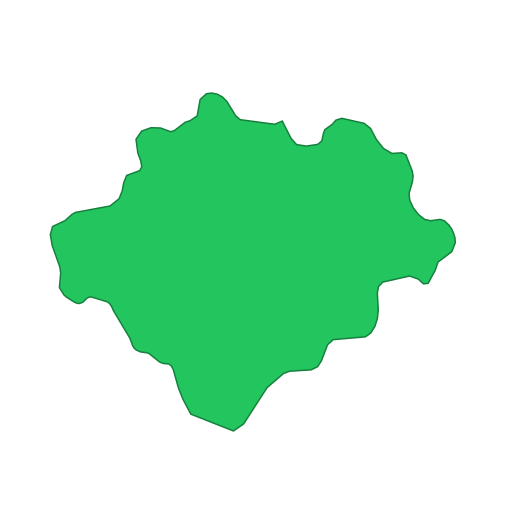 the Province of Treviso, rotated 170°
{"feature_id": "ITA-5466", "entity_name": "Treviso", "entity_type": "Province", "adm_level": 1, "iso_a3": "ITA", "parent_name": "Italy", "parent_adm1": "", "projection": "orthographic", "projection_center": [12.224, 45.808], "detail": "fine", "context": "isolated", "style": "filled", "palette": "green", "viewbox_px": 512, "rotation_deg": 170, "n_neighbors": 0, "source": "natural_earth", "source_scale": "10m", "svg_char_len": 1681}
<svg xmlns="http://www.w3.org/2000/svg" viewBox="0 0 512 512"><g transform="rotate(170 256 256)"><path d="M308.6,87.6L347.6,111.5L347.8,112.1L352.8,127.6L355.3,139.4L357.2,158.6L358.6,162.6L360.7,164.9L365.2,166.0L367.0,166.8L369.4,168.4L378.3,178.5L379.9,179.5L386.4,181.6L390.4,184.3L392.1,186.6L393.1,189.1L393.6,192.4L394.7,197.5L405.8,226.7L407.1,231.8L408.5,234.6L410.1,236.5L425.2,244.2L427.3,244.5L429.4,244.0L434.4,240.7L436.4,240.1L438.4,239.9L440.4,240.5L442.8,242.0L449.9,248.5L451.9,251.1L455.1,258.9L451.3,273.2L451.1,279.3L454.9,301.8L454.8,312.8L451.2,320.4L437.9,324.0L430.3,328.8L426.2,330.3L391.1,330.6L380.9,336.2L376.5,343.3L373.4,351.4L369.4,357.8L355.7,360.3L353.0,363.7L353.0,369.8L354.5,377.8L353.9,391.8L346.9,398.9L337.0,400.6L327.7,398.6L318.4,393.2L314.6,393.7L302.5,400.0L297.5,400.7L289.6,404.2L283.8,419.9L276.6,424.4L271.4,424.2L266.2,422.2L261.5,418.5L257.8,413.2L251.7,397.7L247.9,393.0L214.7,382.5L206.7,384.3L201.1,365.9L196.7,358.7L187.4,355.5L175.9,355.2L171.2,357.9L168.3,365.1L166.2,368.5L157.9,372.5L153.8,375.9L147.6,376.7L126.5,367.9L121.0,361.7L117.1,349.6L111.7,339.7L104.3,333.4L94.4,332.3L90.8,329.5L87.4,312.7L87.4,307.4L89.2,301.6L94.4,291.1L94.9,284.4L92.8,276.3L88.8,268.6L83.6,262.8L77.9,260.4L68.4,260.1L64.4,258.0L60.6,252.9L58.7,248.8L57.5,244.2L56.9,239.4L57.4,234.5L62.4,226.3L77.8,218.4L82.0,210.8L91.2,199.2L95.9,199.5L100.2,205.1L108.3,209.6L135.6,208.3L140.7,204.6L143.0,198.2L144.9,181.9L147.3,173.4L151.2,165.9L156.3,160.3L162.3,157.4L194.5,160.2L200.9,156.2L209.8,141.4L214.5,136.3L221.5,134.3L242.8,136.7L249.3,135.5L267.9,124.5L297.3,92.8L308.6,87.6Z" fill="#22c55e" stroke="#15803d" stroke-width="1.5"/></g></svg>